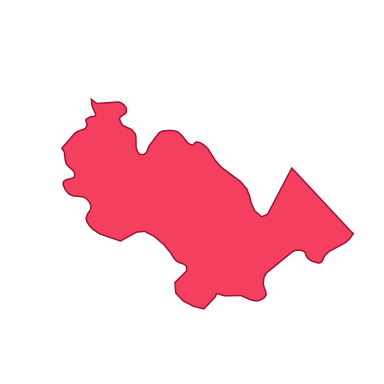 an SVG outline of Pisa, rotated 142°
{"feature_id": "ITA-5381", "entity_name": "Pisa", "entity_type": "Province", "adm_level": 1, "iso_a3": "ITA", "parent_name": "Italy", "parent_adm1": "", "projection": "orthographic", "projection_center": [10.703, 43.467], "detail": "fine", "context": "isolated", "style": "filled", "palette": "rose", "viewbox_px": 384, "rotation_deg": 142, "n_neighbors": 0, "source": "natural_earth", "source_scale": "10m", "svg_char_len": 1800}
<svg xmlns="http://www.w3.org/2000/svg" viewBox="0 0 384 384"><g transform="rotate(142 192 192)"><path d="M98.6,149.4L91.0,62.6L90.4,60.0L96.6,58.1L102.0,57.6L120.3,60.7L126.6,60.2L131.4,57.6L133.6,57.0L136.0,58.0L139.5,62.8L140.9,65.6L141.6,68.8L141.2,71.9L140.3,74.0L140.2,76.1L142.4,79.4L145.8,82.0L149.5,83.1L183.3,82.4L188.0,80.3L192.3,76.0L193.9,72.5L195.1,68.5L196.9,65.4L200.0,64.2L203.8,64.6L206.9,65.6L209.7,67.8L212.6,71.6L217.2,80.3L230.2,90.1L235.0,96.8L238.8,94.9L254.7,92.6L261.1,100.9L266.0,111.5L267.0,122.4L261.2,131.2L244.7,133.2L242.2,136.7L242.5,139.2L243.4,141.1L245.8,144.7L246.8,147.7L247.0,150.9L246.3,157.4L246.5,167.7L248.9,179.8L253.4,190.0L260.3,194.5L278.5,197.4L290.4,215.6L293.0,223.3L293.6,228.7L293.1,233.4L291.3,236.9L287.7,239.0L282.9,240.6L280.9,242.3L279.5,245.2L279.0,248.1L279.2,250.9L279.9,253.4L281.3,255.6L288.1,262.2L290.3,266.2L290.4,272.4L288.9,277.4L286.7,279.4L283.9,279.2L277.2,276.4L275.7,276.4L274.1,277.2L272.5,280.4L272.8,284.1L273.6,287.9L273.8,291.5L272.3,295.1L267.9,302.2L267.7,306.6L248.5,310.4L244.9,310.2L237.3,307.7L233.9,308.9L233.0,310.3L231.7,313.5L230.7,314.6L225.4,313.7L222.8,311.9L222.0,311.7L220.6,312.1L219.8,313.0L218.3,319.7L217.2,322.2L214.3,327.0L212.6,320.4L194.6,308.3L192.7,305.4L191.8,301.8L192.3,298.3L194.5,295.4L196.9,294.8L202.5,295.4L204.5,293.6L205.7,287.3L201.1,278.2L201.0,272.4L202.0,270.4L208.5,261.7L210.1,257.5L210.0,253.7L206.9,251.2L203.6,251.2L197.0,254.8L182.0,258.9L178.0,258.4L171.5,254.2L168.2,251.0L166.1,247.9L165.2,243.1L165.1,232.6L163.0,228.9L161.8,228.5L158.9,229.0L157.6,228.7L155.3,226.0L153.7,221.7L152.8,216.9L154.2,203.4L153.7,193.6L147.4,170.5L147.0,160.6L149.2,153.3L152.2,146.7L154.2,138.6L152.4,129.5L146.1,128.0L98.6,149.4Z" fill="#f43f5e" stroke="#9f1239" stroke-width="1.5"/></g></svg>